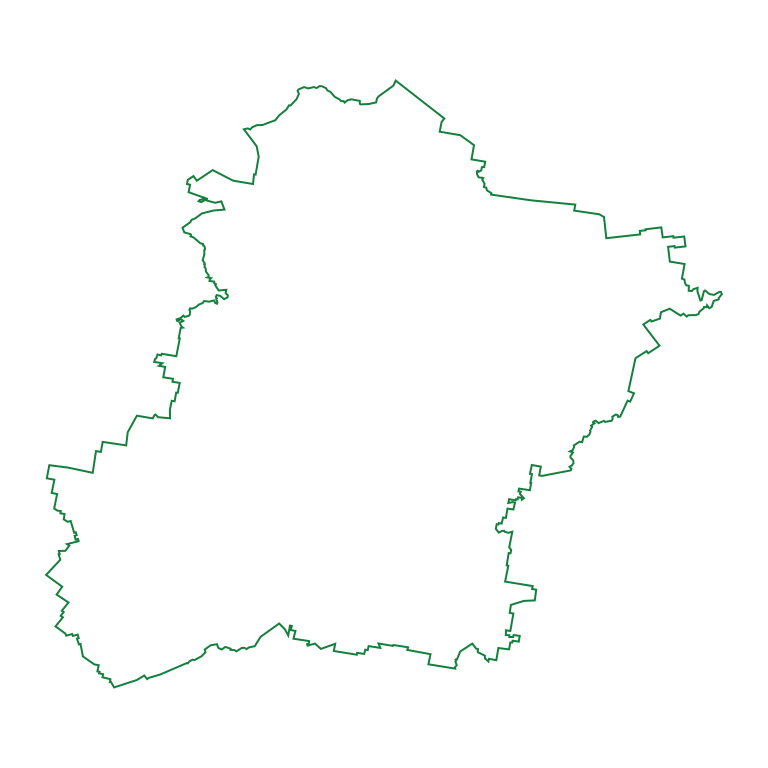 outline of Southern Midlands, Tasmania, Australia
{"feature_id": "25037944B17356947881143", "entity_name": "Southern Midlands", "entity_type": "district", "adm_level": 2, "iso_a3": "AUS", "parent_name": "Australia", "parent_adm1": "Tasmania", "projection": "natural_earth1", "projection_center": [147.408, -42.418], "detail": "fine", "context": "isolated", "style": "outline", "palette": "green", "viewbox_px": 768, "rotation_deg": 0, "n_neighbors": 0, "source": "geoboundaries", "source_scale": "gbopen_adm2", "svg_char_len": 6053}
<svg xmlns="http://www.w3.org/2000/svg" viewBox="0 0 768 768"><path d="M333.8,651.0L356.8,654.7L357.1,652.9L364.2,653.9L365.2,649.7L367.8,650.0L368.6,646.1L380.3,647.9L378.5,643.5L392.9,645.9L393.3,645.0L408.1,647.3L407.3,649.9L430.5,654.2L428.4,664.3L455.2,668.6L455.0,667.4L456.7,665.1L455.4,661.5L456.2,660.5L455.7,659.6L457.1,659.1L460.2,651.5L472.3,643.6L476.2,648.7L477.9,649.0L477.8,652.2L484.8,655.6L485.0,658.4L488.4,661.5L489.0,658.8L496.3,660.2L498.4,648.0L509.1,649.4L510.3,642.5L512.3,642.5L512.6,640.7L518.8,641.6L519.7,635.9L513.6,635.0L513.2,637.0L509.3,637.0L509.4,635.2L505.8,635.1L506.0,630.3L510.3,631.0L513.4,613.6L509.7,612.9L510.9,604.9L523.9,600.9L534.8,600.4L536.2,589.7L532.1,589.0L532.7,586.1L505.1,581.6L508.3,565.7L506.7,565.4L508.7,553.0L510.5,553.3L511.2,549.9L509.2,547.4L512.3,531.7L508.5,532.8L505.0,531.9L504.3,530.9L501.9,531.0L498.8,532.6L495.8,528.8L496.7,524.2L498.4,524.5L498.8,523.0L501.6,523.6L503.1,517.5L505.9,517.9L507.5,508.6L513.4,509.5L515.0,502.7L512.6,502.1L508.3,503.0L509.1,499.2L515.7,500.4L516.0,499.2L517.7,499.4L518.1,497.3L522.2,498.0L522.0,499.6L523.9,498.3L519.9,494.0L520.8,491.7L518.5,491.4L519.0,488.6L529.9,490.2L531.2,482.9L530.3,482.8L532.0,474.1L530.0,473.8L531.8,465.0L540.8,466.6L539.2,475.4L542.0,475.9L570.7,470.4L571.4,468.8L569.5,466.8L572.0,465.4L573.5,463.1L573.2,460.3L570.6,457.8L570.3,456.3L572.9,452.5L570.0,451.4L572.5,450.4L574.2,446.8L573.8,445.5L579.5,441.7L582.1,442.2L583.8,436.5L586.8,436.8L589.3,434.6L590.5,431.7L590.1,430.5L592.2,426.7L591.1,425.7L594.5,423.3L593.1,422.5L593.3,421.6L595.7,420.7L598.6,423.1L603.8,420.9L605.1,421.9L611.7,420.7L612.7,418.6L612.3,416.7L615.9,414.5L617.9,415.3L618.0,416.8L620.2,416.7L627.6,400.6L630.2,401.6L634.0,393.3L628.4,391.1L635.5,358.2L646.6,351.1L648.2,353.2L659.5,345.7L643.3,324.5L650.3,319.9L651.6,321.5L659.9,318.6L661.0,312.2L669.7,308.7L680.6,315.6L683.4,313.7L686.8,316.5L688.4,315.2L695.7,315.1L698.5,314.1L699.5,311.6L703.6,308.4L704.1,306.9L706.7,307.3L707.1,305.3L709.3,308.2L711.7,306.9L713.7,300.9L718.7,299.4L718.7,298.1L721.9,294.2L720.9,292.0L719.3,291.9L714.0,294.9L709.3,294.0L705.1,290.5L703.9,291.3L701.7,300.0L700.4,300.5L697.4,291.2L697.6,287.8L693.4,289.2L691.9,291.0L688.7,290.8L688.9,285.8L686.4,285.4L685.1,283.3L684.4,279.5L681.9,278.7L684.6,264.0L669.8,261.6L668.1,246.8L674.6,246.1L674.8,247.6L685.5,246.4L684.2,236.5L673.5,237.7L673.3,236.2L662.7,237.4L661.3,227.4L645.5,229.3L645.6,230.3L639.8,230.9L640.2,234.4L606.3,238.2L604.0,217.0L599.3,214.3L574.2,210.6L575.3,204.6L530.9,200.3L491.1,194.6L491.4,193.2L486.9,190.3L486.3,187.8L483.9,186.9L484.6,183.8L482.3,179.7L483.2,178.0L478.6,177.3L477.0,174.0L476.8,171.4L477.9,170.8L478.7,171.8L481.2,170.5L481.9,167.1L484.2,167.1L485.2,161.7L471.5,159.4L474.0,145.2L460.3,135.2L439.7,131.7L441.6,121.9L444.3,118.5L395.7,80.6L393.4,85.6L378.7,96.3L376.9,98.6L376.2,102.4L368.9,104.0L360.6,104.4L359.8,103.8L359.8,100.9L351.4,99.3L347.7,100.2L344.6,102.6L343.7,101.1L341.0,101.1L339.7,99.5L334.7,96.8L330.5,91.9L327.5,90.5L325.9,88.1L322.1,86.3L319.6,86.1L316.7,88.0L313.7,87.1L308.3,88.4L304.1,87.1L298.8,89.3L297.6,90.8L298.9,94.0L296.5,99.2L290.5,105.5L289.1,105.3L286.4,109.5L279.3,115.2L275.4,120.2L262.4,125.0L256.8,125.2L252.1,127.3L250.2,129.5L247.8,128.4L243.9,129.3L256.7,146.3L258.7,156.7L255.6,174.6L254.0,174.4L253.0,184.0L233.2,180.7L212.7,170.1L196.8,180.7L193.5,176.1L187.8,179.8L187.0,184.1L190.1,184.7L188.6,192.2L207.8,199.0L204.7,198.7L199.8,199.9L198.6,201.2L201.4,202.1L205.0,200.0L215.1,202.8L221.3,201.4L224.5,209.6L213.6,210.5L202.0,213.4L195.2,218.4L191.5,219.9L190.4,222.1L182.5,227.7L184.3,232.4L190.7,234.2L191.1,235.2L190.5,236.3L193.5,237.4L200.2,243.2L203.0,244.0L203.2,245.6L204.1,245.7L204.8,247.3L205.0,249.4L204.2,250.3L204.4,254.1L202.7,260.1L204.7,263.3L204.1,264.1L204.9,264.8L204.5,267.2L205.6,268.2L206.0,271.6L208.7,275.4L208.5,276.8L207.4,277.4L211.1,278.2L209.8,279.4L209.5,281.0L214.2,281.6L214.4,283.5L215.9,284.1L215.3,285.4L218.7,290.5L226.3,289.8L225.6,293.1L227.8,295.3L227.6,297.3L224.1,299.2L220.3,295.9L216.7,295.1L215.8,296.9L216.8,298.3L216.2,299.1L217.5,302.3L217.0,303.7L215.4,303.1L213.9,300.4L209.2,301.7L204.1,301.0L202.6,303.1L199.2,304.4L195.7,307.2L192.0,308.7L190.2,308.3L189.4,309.7L190.1,311.4L189.8,314.7L188.8,315.8L184.6,316.9L183.4,315.6L180.4,318.1L176.6,319.4L177.0,320.8L178.0,321.0L180.6,319.0L183.3,320.9L179.6,322.7L181.5,326.5L182.9,327.6L180.7,327.9L178.7,338.3L179.8,338.5L176.3,356.2L161.7,353.8L161.2,355.4L157.5,354.5L156.3,358.2L155.0,359.1L154.2,361.9L162.3,363.2L158.9,365.8L165.2,366.9L163.3,377.3L173.0,378.8L172.5,381.8L179.7,382.9L177.8,392.8L176.2,392.6L174.6,401.3L171.7,400.8L169.9,409.9L170.0,418.3L158.1,417.2L155.6,414.6L154.5,415.1L152.8,418.4L136.9,415.7L127.7,432.3L126.2,445.4L102.7,441.9L100.9,451.9L96.0,451.1L92.7,472.8L68.1,467.6L49.3,465.2L46.8,478.3L54.4,479.7L51.7,493.0L57.1,494.0L54.2,508.5L57.1,510.5L60.8,511.1L60.4,513.3L64.5,514.0L63.8,519.4L67.7,521.8L70.7,521.0L74.2,532.8L75.8,532.3L76.7,535.2L74.6,535.8L75.6,539.6L78.0,539.0L78.6,541.2L67.0,544.1L69.3,545.6L65.4,550.8L58.8,551.0L59.7,554.0L58.6,554.2L60.3,559.8L46.1,574.9L62.2,586.7L56.6,594.6L68.5,602.5L61.8,610.8L63.7,612.1L60.7,615.9L62.9,617.3L55.5,626.4L65.5,633.7L66.2,635.7L72.2,634.0L72.9,635.9L77.7,634.6L78.7,638.1L77.0,638.6L78.9,644.4L80.5,643.9L82.9,656.4L94.3,664.4L98.7,665.2L97.4,671.4L99.5,671.8L99.1,673.4L103.1,674.1L102.5,677.3L110.4,679.2L109.9,681.9L110.7,681.6L114.1,687.4L136.9,680.0L144.3,675.5L147.2,679.1L148.7,677.9L160.2,674.5L187.0,663.0L187.9,663.4L189.1,661.6L192.4,659.7L194.7,660.0L201.6,656.2L205.4,652.3L204.8,649.5L210.6,645.3L216.9,644.2L218.4,648.0L221.7,649.5L225.3,646.9L230.6,648.7L230.5,649.9L234.3,650.1L236.5,651.3L241.7,648.0L244.4,647.8L246.6,649.1L248.9,647.4L254.7,646.2L260.6,636.8L279.2,623.5L284.9,629.3L288.2,635.5L290.0,625.6L291.8,625.9L290.9,630.1L295.4,630.9L293.5,638.7L309.1,641.1L308.8,643.5L307.1,644.1L307.6,645.6L315.0,643.6L320.9,648.9L335.2,643.8L333.8,651.0Z" fill="none" stroke="#15803d" stroke-width="2"/></svg>